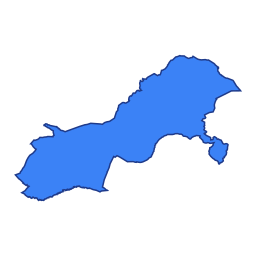 Curatele, Bihor, Romania
{"feature_id": "2599482B66131117127399", "entity_name": "Curatele", "entity_type": "district", "adm_level": 2, "iso_a3": "ROU", "parent_name": "Romania", "parent_adm1": "Bihor", "projection": "natural_earth1", "projection_center": [22.466, 46.727], "detail": "fine", "context": "isolated", "style": "filled", "palette": "blue", "viewbox_px": 256, "rotation_deg": 0, "n_neighbors": 0, "source": "geoboundaries", "source_scale": "gbopen_adm2", "svg_char_len": 5798}
<svg xmlns="http://www.w3.org/2000/svg" viewBox="0 0 256 256"><path d="M100.0,191.9L101.4,191.0L107.5,190.4L107.3,190.2L106.6,190.2L104.3,188.1L102.5,187.1L104.2,179.8L107.2,172.3L107.1,171.8L107.7,171.0L109.1,167.6L110.1,163.8L113.7,156.5L115.1,157.2L117.0,155.7L119.7,157.0L127.4,161.7L133.3,161.6L135.1,162.2L136.3,162.3L136.5,161.9L139.8,162.4L140.8,162.4L142.8,161.9L146.9,160.0L148.3,158.9L148.6,158.3L149.8,157.5L150.8,157.2L151.5,156.2L151.5,155.3L152.1,154.9L152.8,153.3L152.9,152.5L153.9,151.2L153.8,150.6L154.3,148.8L154.2,148.3L154.9,147.2L154.8,145.4L155.6,144.8L155.5,143.7L156.6,143.0L157.9,141.0L159.5,139.1L160.9,138.3L161.5,137.5L163.2,136.8L164.3,135.8L166.1,135.4L167.4,134.5L172.4,134.5L174.0,134.2L175.1,133.7L177.7,133.6L179.7,134.2L181.1,134.1L182.4,134.8L183.0,135.8L183.6,136.2L185.3,136.3L187.3,136.9L188.5,138.1L190.0,139.1L190.7,138.9L191.8,137.5L194.1,136.3L195.5,136.0L196.2,135.5L199.3,135.8L200.1,136.0L199.7,137.4L199.9,137.7L200.9,138.4L201.7,139.5L202.6,140.1L203.4,142.3L203.7,142.4L205.3,143.0L206.7,143.0L207.6,142.6L209.0,142.8L209.7,143.3L210.4,143.4L213.9,142.7L213.3,143.6L212.9,145.5L211.2,147.1L209.8,147.7L209.6,149.7L209.2,150.2L208.9,151.5L209.3,152.0L209.1,154.1L210.8,156.4L212.8,158.3L214.2,159.2L215.2,160.2L217.3,160.8L218.1,161.6L218.7,163.7L219.0,164.0L219.4,164.0L219.8,163.6L219.8,163.1L220.3,162.8L221.7,162.4L223.3,160.9L222.8,158.4L223.9,157.9L224.4,157.5L224.5,156.9L224.3,156.6L225.5,155.7L226.3,154.3L226.6,152.2L226.3,151.5L226.3,150.8L226.6,150.3L227.3,149.9L227.5,148.3L227.5,147.1L228.0,145.0L228.0,144.6L227.2,143.9L226.1,143.6L224.3,144.1L223.3,143.8L222.7,143.3L222.4,142.2L221.8,141.7L221.3,140.3L219.1,139.5L218.5,139.0L217.3,139.2L216.9,138.9L216.7,138.1L214.9,136.9L214.3,136.7L213.3,137.4L213.0,137.9L213.3,138.8L212.8,139.6L210.7,139.9L210.7,137.9L210.4,137.4L206.5,135.5L204.2,133.7L204.2,133.4L204.4,133.2L205.5,133.1L206.6,131.9L206.2,131.3L204.4,130.4L203.9,129.6L204.5,128.8L204.6,128.3L204.6,127.6L203.9,126.3L204.7,125.6L204.5,125.1L204.6,122.2L201.8,120.6L202.5,119.8L202.8,119.0L203.8,118.6L204.6,118.6L205.4,118.1L205.7,117.6L204.9,116.1L204.6,114.9L209.4,112.5L213.1,111.9L214.8,108.1L214.4,106.1L214.4,104.4L215.2,101.8L216.2,99.6L216.7,99.1L216.2,98.5L231.4,90.9L240.6,90.8L239.3,89.1L238.8,88.8L237.9,87.5L236.5,86.1L233.4,80.9L232.8,80.3L227.3,78.2L226.3,78.2L224.7,77.5L222.5,75.9L221.9,75.8L221.5,75.5L221.5,75.1L220.0,74.3L219.2,73.3L219.1,72.6L217.9,71.3L217.8,70.8L217.8,69.1L218.3,68.5L218.1,68.3L218.5,67.9L218.4,67.2L217.8,66.9L217.5,67.4L217.3,66.6L215.9,65.4L215.3,65.1L215.0,64.4L213.9,63.4L208.5,60.0L207.2,60.1L205.3,59.6L201.3,59.9L199.5,59.6L197.8,59.2L193.0,56.3L192.2,57.6L191.0,57.6L188.9,58.4L188.1,58.3L185.4,56.9L184.4,56.0L180.4,55.9L179.9,55.6L177.5,56.6L175.7,57.0L172.5,60.1L171.0,60.3L169.2,62.5L168.6,63.8L167.6,65.1L167.7,65.5L167.1,66.5L165.2,68.8L162.6,70.2L161.5,70.4L161.3,71.5L160.6,73.7L160.1,74.8L158.6,74.9L157.6,75.6L154.9,74.1L154.7,73.8L154.1,73.7L147.8,77.2L146.6,78.3L146.4,79.1L143.4,79.0L142.8,78.6L142.5,79.1L143.4,80.1L143.4,80.7L142.5,81.1L142.2,81.5L141.0,81.3L140.4,80.0L140.4,81.2L139.7,83.1L140.1,85.9L139.6,87.8L139.9,88.9L140.6,89.2L140.5,89.5L140.6,89.9L141.3,90.4L139.3,91.1L138.7,90.4L137.2,90.5L136.7,90.9L135.2,93.1L133.2,93.1L131.5,96.0L130.6,95.9L129.7,96.5L129.1,97.4L128.7,99.4L128.8,99.9L129.3,100.3L128.8,100.7L129.0,101.3L126.0,103.0L125.1,103.1L124.5,102.7L123.0,102.5L122.2,102.8L118.7,105.4L118.4,107.7L117.9,108.2L117.8,109.4L117.9,110.2L116.4,111.9L114.4,118.2L109.5,121.4L107.0,121.8L104.6,122.6L102.4,124.3L100.6,124.0L90.7,123.3L87.4,124.4L84.8,124.8L79.7,126.4L65.1,131.7L62.8,130.7L60.6,130.3L59.5,129.0L58.7,128.7L58.8,128.4L56.9,127.2L57.0,126.9L56.7,126.6L56.0,126.7L49.7,125.4L49.5,125.1L48.7,124.8L47.9,125.0L47.2,124.1L45.8,123.8L43.9,125.1L44.1,125.6L45.4,125.9L45.7,126.4L46.7,126.8L47.4,127.5L49.3,128.2L51.6,130.0L53.3,130.8L53.2,132.2L54.0,135.4L53.1,135.9L53.0,136.7L47.8,136.5L46.6,136.9L44.2,137.1L42.7,137.5L39.9,137.4L38.8,138.7L37.7,139.4L34.9,140.4L34.0,140.0L30.7,143.8L31.4,143.9L33.2,146.7L35.1,148.7L36.1,149.2L35.1,150.8L32.8,153.3L29.8,155.3L28.1,157.7L26.6,160.5L24.7,165.6L23.8,167.2L22.7,168.4L22.3,169.4L21.1,171.2L20.5,171.7L20.3,172.6L20.0,173.2L15.4,174.9L18.8,178.8L20.4,179.9L23.3,182.8L23.0,183.1L26.0,185.3L27.0,184.7L27.4,186.0L28.3,186.0L29.0,186.3L26.6,188.7L25.1,190.7L21.8,192.7L24.4,193.9L25.1,194.6L25.2,195.0L28.2,197.2L28.7,196.8L29.1,197.1L29.7,196.7L31.3,198.3L32.4,197.9L33.0,197.1L34.9,198.4L35.4,197.8L36.4,197.9L36.5,198.1L37.2,198.3L37.5,199.2L38.5,200.3L39.3,199.5L40.2,199.7L40.2,200.0L40.8,199.8L40.8,200.1L41.6,200.4L43.0,200.1L43.7,200.4L43.9,200.2L43.7,200.0L44.5,199.6L44.4,199.4L44.6,199.1L46.7,198.6L46.8,198.2L47.7,197.7L48.6,197.5L48.8,197.7L49.1,197.1L50.0,196.7L50.5,196.9L50.8,196.6L51.7,197.0L52.4,196.8L52.7,196.0L53.8,195.4L54.3,194.8L55.1,194.9L56.1,194.4L56.7,194.5L56.9,194.2L57.1,194.3L57.2,193.6L57.7,193.6L57.8,193.3L58.5,193.6L58.7,193.1L59.2,193.1L59.0,192.9L59.1,192.7L59.9,193.0L60.2,192.2L61.1,192.3L61.9,191.9L62.9,191.7L62.8,191.4L63.2,191.1L62.7,190.7L62.7,190.1L63.3,190.1L63.9,189.7L64.2,189.8L64.1,190.0L64.9,189.8L66.1,190.2L66.4,189.9L66.5,190.2L66.4,190.3L67.3,190.1L67.6,189.6L67.7,189.8L68.2,189.6L68.6,190.0L69.0,190.0L69.0,189.5L69.6,189.6L69.8,189.5L69.6,189.3L69.9,189.1L69.9,189.3L70.5,189.4L71.3,189.1L71.9,188.3L72.5,188.4L73.1,188.1L73.5,186.8L74.2,186.5L74.7,186.9L74.6,187.2L75.4,186.9L76.2,187.1L76.4,186.8L76.6,187.0L77.1,186.5L77.4,186.5L77.3,186.3L78.9,186.2L79.1,186.0L79.7,186.2L80.0,186.9L82.3,187.7L82.8,187.6L83.1,187.2L83.9,187.9L84.5,187.9L84.7,187.5L86.0,187.6L86.8,187.8L87.1,188.4L87.8,188.5L89.4,188.1L89.7,188.4L90.0,188.3L93.1,189.6L96.3,190.3L100.0,191.9Z" fill="#3b82f6" stroke="#1e3a8a" stroke-width="1.5"/></svg>